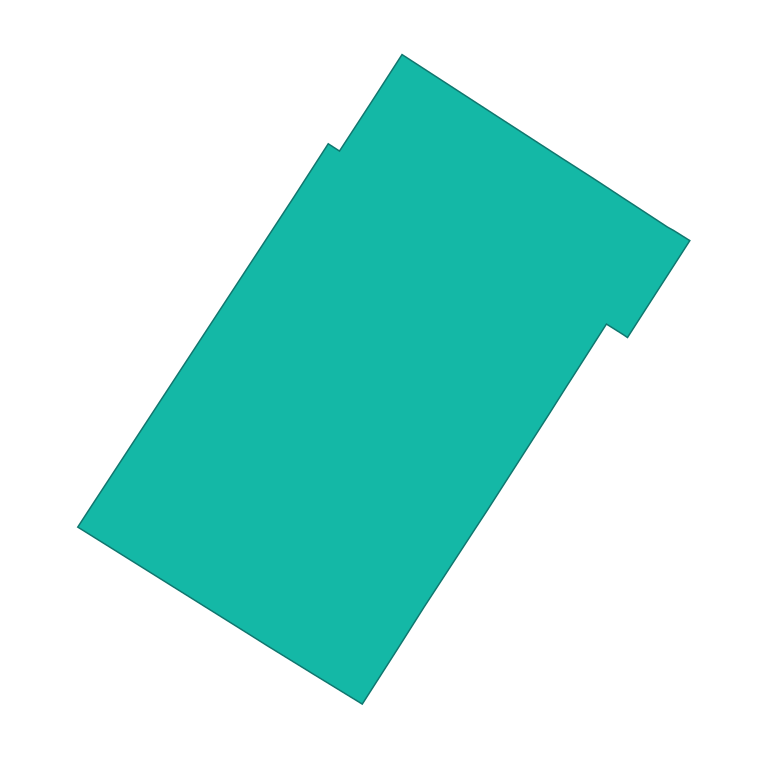 the district of Kane, Illinois, United States of America, rotated 33°
{"feature_id": "52423323B64731524187511", "entity_name": "Kane", "entity_type": "district", "adm_level": 2, "iso_a3": "USA", "parent_name": "United States of America", "parent_adm1": "Illinois", "projection": "albers", "projection_center": [-88.362, 41.937], "detail": "fine", "context": "isolated", "style": "filled", "palette": "teal", "viewbox_px": 768, "rotation_deg": 33, "n_neighbors": 0, "source": "geoboundaries", "source_scale": "gbopen_adm2", "svg_char_len": 605}
<svg xmlns="http://www.w3.org/2000/svg" viewBox="0 0 768 768"><g transform="rotate(33 384 384)"><path d="M540.1,664.3L539.7,602.8L539.7,601.7L539.1,548.9L539.1,548.6L539.3,455.7L539.4,433.9L538.8,318.8L538.4,285.1L538.4,282.5L538.4,280.4L537.9,212.6L557.8,212.3L562.9,212.4L562.7,178.9L562.4,97.2L543.6,97.5L536.3,98.0L486.3,97.8L481.5,97.8L449.2,97.6L410.7,97.8L333.1,97.9L219.7,97.9L219.9,155.4L219.8,212.9L206.4,212.9L206.6,276.9L205.1,651.6L205.1,670.8L315.8,668.9L316.2,668.9L399.7,667.5L428.4,667.1L432.4,667.0L483.4,665.8L540.1,664.3Z" fill="#14b8a6" stroke="#0f766e" stroke-width="1.5"/></g></svg>